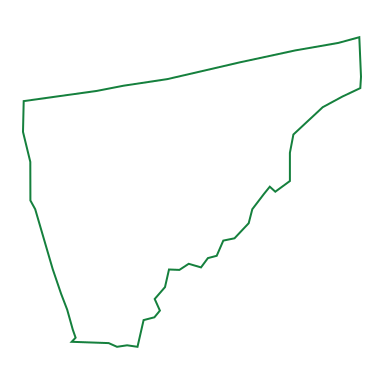 Diffa, Diffa, Niger (Robinson projection)
{"feature_id": "23599985B49279802347692", "entity_name": "Diffa", "entity_type": "district", "adm_level": 2, "iso_a3": "NER", "parent_name": "Niger", "parent_adm1": "Diffa", "projection": "robinson", "projection_center": [12.611, 13.482], "detail": "fine", "context": "isolated", "style": "outline", "palette": "green", "viewbox_px": 384, "rotation_deg": 0, "n_neighbors": 0, "source": "geoboundaries", "source_scale": "gbopen_adm2", "svg_char_len": 704}
<svg xmlns="http://www.w3.org/2000/svg" viewBox="0 0 384 384"><path d="M71.7,341.8L108.7,343.1L117.0,346.8L127.1,345.3L137.5,346.8L143.6,320.1L154.4,317.3L159.9,310.6L154.7,299.0L165.0,287.1L169.0,269.5L179.4,269.9L188.7,263.8L201.0,267.4L207.9,258.1L216.7,255.8L223.3,240.6L234.5,238.3L248.7,223.2L252.3,209.2L263.9,194.0L269.8,186.7L275.3,191.7L279.4,188.7L289.9,181.0L289.9,180.1L289.9,152.8L293.4,134.5L322.7,107.2L342.5,96.5L360.3,88.1L361.0,76.8L359.3,37.2L338.4,42.9L295.3,50.4L240.0,62.3L167.4,79.1L123.6,85.7L96.9,90.9L23.7,101.1L23.0,131.9L30.3,161.9L30.4,200.5L35.2,209.2L52.7,269.1L61.1,293.8L67.2,309.7L72.8,329.7L75.6,337.7L71.7,341.8Z" fill="none" stroke="#15803d" stroke-width="2"/></svg>